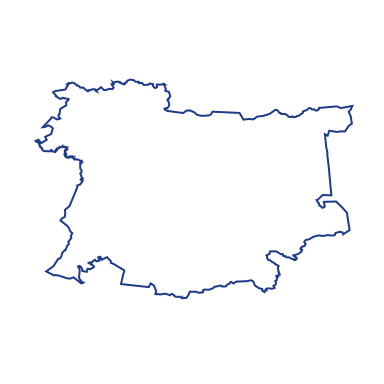 outline of Dzērbenes pag., Vecpiebalgas, Latvia, rotated 185°
{"feature_id": "27541924B98442671693527", "entity_name": "Dzērbenes pag.", "entity_type": "district", "adm_level": 2, "iso_a3": "LVA", "parent_name": "Latvia", "parent_adm1": "Vecpiebalgas", "projection": "natural_earth1", "projection_center": [25.681, 57.222], "detail": "fine", "context": "isolated", "style": "outline", "palette": "blue", "viewbox_px": 384, "rotation_deg": 185, "n_neighbors": 0, "source": "geoboundaries", "source_scale": "gbopen_adm2", "svg_char_len": 5997}
<svg xmlns="http://www.w3.org/2000/svg" viewBox="0 0 384 384"><g transform="rotate(185 192 192)"><path d="M47.7,195.1L59.7,193.7L58.5,189.0L60.2,187.7L61.0,187.7L62.7,189.4L64.0,189.6L64.6,191.8L65.6,192.4L67.2,194.8L66.3,195.0L61.6,200.4L52.9,200.8L57.9,228.5L60.6,241.7L60.4,242.9L62.1,248.0L64.6,261.1L61.8,259.9L60.6,265.0L52.8,264.5L48.8,265.4L44.9,265.6L41.6,271.6L38.7,274.1L40.5,281.3L42.9,285.6L41.0,288.0L39.8,291.7L50.9,288.6L55.2,289.9L72.8,286.8L72.7,285.7L74.5,284.0L76.4,284.1L77.3,285.0L79.7,284.7L81.4,285.9L82.3,285.8L83.4,285.3L84.7,283.7L88.4,282.0L88.6,280.2L90.6,278.9L92.0,277.3L94.0,276.9L94.9,276.0L96.7,275.4L98.6,276.1L99.2,275.4L102.4,275.4L103.7,276.7L105.9,277.8L110.1,277.6L110.3,278.2L112.1,278.5L113.4,280.6L116.0,281.2L121.3,276.7L128.0,273.9L133.6,272.8L137.1,269.7L141.7,269.7L147.0,268.6L151.6,274.9L178.2,273.8L178.6,273.7L179.8,271.0L182.0,269.7L189.1,268.7L193.7,269.3L196.7,271.6L201.3,273.2L201.7,272.8L204.2,272.8L207.7,269.9L223.5,270.6L226.1,271.6L226.7,272.5L226.1,273.1L223.9,273.3L222.2,276.2L222.9,279.3L224.6,281.7L223.3,282.7L223.4,283.5L221.9,285.2L223.7,289.7L227.4,290.5L227.1,292.7L228.4,294.8L228.4,295.5L229.7,296.6L228.6,296.8L229.8,297.4L232.2,296.2L236.3,296.0L236.5,294.9L235.9,293.5L237.5,292.4L238.3,292.5L240.3,294.3L240.3,296.1L243.8,296.4L244.3,295.3L249.3,294.3L251.2,296.3L254.4,295.8L254.7,296.2L254.4,296.8L255.1,297.2L257.1,296.9L258.6,297.3L259.9,298.4L263.3,298.6L266.2,297.2L266.8,296.2L266.7,295.4L268.7,294.5L269.2,293.8L268.7,293.5L268.9,293.2L273.2,294.5L272.9,295.0L273.2,295.2L275.2,295.5L278.3,294.9L279.5,294.0L280.5,294.6L279.4,292.7L281.5,292.5L281.4,292.2L280.5,291.8L280.4,290.5L279.2,289.5L279.6,288.3L280.4,287.6L283.8,287.5L285.9,286.3L288.5,285.8L291.8,288.5L294.0,286.3L296.5,285.0L295.8,284.0L297.1,284.6L297.5,285.8L297.9,285.9L300.8,285.5L302.4,284.3L304.0,284.5L304.3,283.3L305.0,283.3L309.7,286.7L310.8,286.2L312.8,286.4L313.2,287.3L315.2,288.1L316.0,288.0L316.2,288.9L317.3,289.0L318.9,290.3L321.2,290.6L322.2,289.8L324.5,289.8L324.8,289.3L323.4,288.9L326.0,288.3L325.1,286.8L326.2,285.4L326.9,283.1L337.2,280.6L339.1,279.2L335.7,276.1L336.0,275.6L331.8,273.3L329.3,274.0L329.2,274.5L323.0,273.8L323.2,272.7L325.1,270.9L325.2,269.5L324.8,267.4L330.5,263.2L330.8,257.8L331.5,257.5L331.7,255.7L329.7,253.7L332.5,252.5L336.8,254.2L338.5,254.2L338.9,252.9L346.4,243.5L344.2,243.9L340.9,245.9L337.7,244.6L336.2,243.3L337.4,237.4L343.1,234.2L341.3,231.4L346.4,227.6L349.5,230.7L352.3,229.2L351.0,228.3L349.8,228.2L348.1,226.4L348.3,225.8L347.4,224.8L347.7,224.6L347.5,223.9L345.3,222.7L345.6,222.3L344.9,221.1L343.3,219.9L337.0,220.1L336.5,220.4L336.7,221.0L335.4,221.5L334.5,220.2L331.6,219.9L331.2,220.7L331.6,221.2L330.4,221.7L330.9,222.5L329.8,223.1L330.2,223.6L328.9,224.4L328.1,224.3L327.7,225.4L326.3,225.1L325.3,226.2L325.3,225.8L323.9,225.7L323.5,226.1L322.9,226.0L323.0,225.6L320.9,225.6L321.3,225.2L320.6,225.0L321.1,224.6L320.1,223.7L321.5,223.1L321.1,222.4L322.1,222.2L322.3,220.9L320.9,219.5L321.9,219.1L321.1,218.1L322.1,218.0L321.3,216.4L320.3,216.4L320.3,215.7L318.0,215.2L317.2,216.0L317.6,216.5L317.0,216.8L316.3,216.9L315.4,216.1L314.5,217.2L313.8,216.8L314.1,216.4L313.5,216.0L312.9,216.3L313.3,215.5L312.5,215.1L312.3,214.3L311.7,214.1L311.5,214.9L309.9,214.3L308.3,214.4L306.1,213.4L304.8,213.5L305.0,212.6L303.9,212.2L304.5,211.4L305.9,211.3L305.9,210.4L305.4,210.3L305.7,207.8L305.1,205.0L303.8,203.8L303.6,202.6L304.9,200.7L303.5,198.2L303.5,197.3L302.1,196.1L303.5,195.1L303.0,194.9L303.4,194.3L301.9,193.9L302.3,193.2L302.3,192.4L303.6,190.9L303.8,189.9L306.9,188.5L306.7,186.6L312.8,167.2L317.0,163.1L316.4,159.9L316.6,156.1L319.3,154.3L320.5,152.1L313.4,147.4L311.8,145.8L309.7,142.1L307.7,140.5L308.8,137.5L308.2,135.7L310.8,131.6L310.1,129.7L311.6,127.6L312.8,123.5L313.1,123.0L313.5,123.2L316.1,119.7L316.4,117.3L317.4,114.5L319.5,113.7L323.5,106.1L330.3,100.2L322.1,96.8L320.9,97.4L317.1,97.1L308.8,95.1L306.0,95.1L302.5,96.6L294.3,91.3L292.3,92.3L294.8,93.5L297.1,96.7L297.0,103.4L297.6,106.4L298.9,107.3L299.0,108.0L297.7,108.5L296.3,107.9L294.7,105.8L294.4,103.8L289.9,103.3L289.3,106.5L286.6,106.2L283.2,108.7L283.6,109.9L288.7,112.3L287.5,113.0L285.3,113.1L284.8,114.4L282.7,116.0L281.3,114.6L278.2,115.5L278.2,117.2L279.3,117.4L279.8,118.7L277.7,119.5L275.9,116.7L271.0,119.7L266.8,116.0L266.7,114.4L263.2,113.2L252.6,108.0L252.6,106.6L253.3,104.3L254.7,94.1L226.8,93.5L225.2,97.3L221.7,95.4L219.1,90.2L219.6,87.3L218.8,87.4L218.3,87.0L217.2,87.5L215.1,87.1L209.5,88.4L205.0,87.2L203.5,88.6L202.1,88.4L200.6,87.4L200.3,86.6L198.1,86.2L195.5,86.6L193.3,85.7L192.7,86.3L192.6,85.5L191.8,85.4L188.3,86.1L186.7,88.9L185.4,92.5L179.0,93.0L177.1,92.2L173.8,92.6L172.1,93.4L172.5,95.1L171.2,95.9L166.4,96.1L162.6,98.1L161.7,99.3L155.2,101.4L154.2,100.5L150.2,100.8L148.6,103.1L146.6,103.9L146.0,105.6L145.2,105.9L142.8,104.5L140.0,106.6L129.9,107.9L125.4,109.2L123.5,108.5L122.1,106.5L121.5,104.8L120.4,103.9L116.9,102.0L113.6,101.6L113.4,99.7L111.0,98.6L110.8,98.9L111.3,99.8L110.1,100.7L109.2,100.6L109.7,101.8L108.0,102.7L103.8,102.6L101.3,103.7L102.7,105.7L100.9,106.8L100.3,108.1L100.8,110.2L101.3,110.5L99.9,111.6L99.9,113.9L99.3,114.5L100.3,114.6L100.6,115.8L97.4,117.2L97.7,118.2L98.4,118.7L98.4,119.6L99.1,120.1L99.0,121.5L99.8,123.1L99.8,124.5L99.2,125.7L99.7,126.2L102.5,127.2L103.6,128.4L105.6,129.0L108.4,130.8L110.2,131.0L111.5,133.0L111.5,134.3L112.3,135.4L109.4,137.1L109.0,139.7L102.9,140.2L98.0,137.8L96.1,138.0L95.9,136.7L95.2,136.1L93.3,136.3L92.9,135.4L92.1,135.2L89.1,135.3L87.4,134.3L84.7,133.9L84.5,133.2L82.8,133.3L81.9,135.0L82.6,135.1L82.5,135.7L83.2,136.4L85.1,137.1L85.5,137.7L80.8,139.5L77.8,142.0L77.9,142.7L77.4,143.2L77.3,144.2L79.0,144.5L78.9,145.6L77.2,147.5L76.3,147.4L75.0,148.2L74.3,150.3L75.9,152.0L74.5,154.1L71.0,155.2L67.3,157.9L62.1,159.8L57.7,159.6L52.9,160.9L48.5,160.8L46.0,161.5L45.5,163.7L41.0,165.3L38.5,164.8L37.7,163.0L31.7,167.8L35.9,184.9L42.2,190.7L47.7,195.1Z" fill="none" stroke="#1e3a8a" stroke-width="2"/></g></svg>